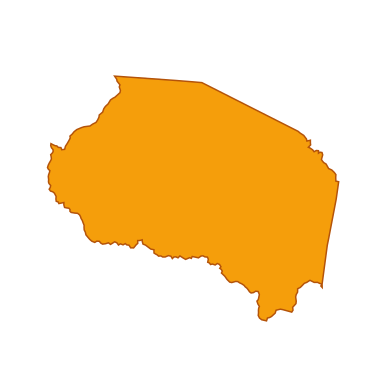 Dormentes, Pernambuco, Brazil, rotated 193°
{"feature_id": "56859067B71625369805565", "entity_name": "Dormentes", "entity_type": "district", "adm_level": 2, "iso_a3": "BRA", "parent_name": "Brazil", "parent_adm1": "Pernambuco", "projection": "albers", "projection_center": [-40.588, -8.482], "detail": "fine", "context": "isolated", "style": "filled", "palette": "amber", "viewbox_px": 384, "rotation_deg": 193, "n_neighbors": 0, "source": "geoboundaries", "source_scale": "gbopen_adm2", "svg_char_len": 3219}
<svg xmlns="http://www.w3.org/2000/svg" viewBox="0 0 384 384"><g transform="rotate(193 192 192)"><path d="M44.5,131.4L48.2,170.5L48.4,178.2L48.5,180.3L49.9,217.5L51.4,235.0L54.3,235.0L55.3,238.8L55.7,241.3L57.8,243.1L60.8,244.9L64.2,245.6L65.9,247.5L67.6,249.4L70.3,250.3L72.0,251.6L73.2,252.8L73.0,257.6L74.2,259.7L76.3,259.6L77.5,258.3L78.1,260.7L80.2,260.4L82.1,258.7L83.9,260.2L86.9,261.4L88.7,261.8L87.0,264.6L87.6,266.2L88.3,269.1L91.5,267.5L92.4,269.4L95.9,272.3L99.8,273.7L102.3,275.0L202.5,299.7L207.0,300.8L216.9,299.4L233.0,297.0L293.5,287.5L290.7,284.9L290.0,283.2L286.3,280.2L286.5,278.0L284.6,274.9L284.5,272.6L288.5,266.9L290.0,265.7L292.1,263.4L293.6,258.9L295.2,256.6L296.0,255.1L296.7,253.1L297.0,249.8L299.7,246.2L299.5,244.0L300.1,241.1L301.2,238.2L304.2,235.7L306.2,233.4L311.8,231.3L314.3,229.8L318.3,226.9L320.4,224.3L321.8,221.4L323.5,219.0L322.8,217.3L323.3,215.1L324.4,211.4L325.6,208.1L325.7,204.9L328.5,203.9L329.7,205.8L332.3,205.4L334.1,206.5L335.7,206.3L338.0,206.8L340.3,207.4L340.1,205.4L338.9,203.5L336.9,202.0L336.4,200.1L337.0,198.3L338.1,196.6L337.2,194.8L336.4,192.5L336.9,190.3L337.5,188.4L338.1,185.9L338.3,183.3L337.0,181.8L335.3,180.9L335.3,178.8L335.6,176.7L335.5,174.7L334.5,171.9L334.1,169.5L333.2,168.0L331.2,166.6L331.1,164.6L331.8,162.6L330.1,161.1L327.8,160.9L325.9,160.0L324.6,158.5L323.4,157.1L323.0,154.5L322.2,152.4L320.2,152.2L319.1,150.8L316.9,151.8L314.5,152.9L314.0,150.7L312.7,148.3L310.3,148.3L308.3,148.5L306.9,147.5L306.6,145.8L305.2,144.9L303.4,145.0L301.4,145.1L298.7,145.5L296.4,144.4L295.1,142.9L294.1,141.2L292.6,139.7L291.1,137.4L289.6,135.2L289.3,133.5L288.5,130.8L286.9,128.9L285.7,126.4L283.5,124.7L281.1,122.9L278.5,121.5L275.4,121.0L273.7,122.7L271.2,123.1L269.4,121.7L267.4,121.1L264.5,122.2L262.0,123.7L259.6,122.6L257.8,124.4L256.1,126.1L253.8,125.6L251.7,123.8L250.1,125.4L247.3,125.0L245.4,126.7L243.7,125.8L241.4,126.0L239.2,123.8L236.3,124.4L234.4,128.2L233.3,129.7L234.0,132.5L231.9,133.0L229.8,134.2L229.3,132.5L228.0,130.2L225.3,129.8L222.9,128.7L219.3,127.1L216.1,127.2L215.3,124.0L213.6,123.4L211.7,122.9L210.2,122.0L207.9,122.7L206.0,122.1L203.6,122.6L200.7,124.7L198.1,124.7L196.2,122.7L195.0,124.6L193.1,125.2L190.8,124.7L189.4,127.0L185.7,125.7L183.1,124.9L179.5,127.5L177.7,127.2L177.3,129.2L173.9,129.3L170.9,129.3L168.8,131.6L166.9,132.3L165.0,131.7L162.3,132.0L161.0,130.2L160.9,127.1L158.9,126.7L157.7,125.5L155.9,126.4L153.0,126.1L151.3,128.0L148.9,127.6L147.0,125.7L147.8,123.9L146.0,123.1L144.7,121.7L145.1,119.7L141.1,117.3L138.2,114.7L135.0,112.7L132.9,112.7L129.3,114.7L127.1,115.0L125.2,114.2L122.8,113.7L120.2,112.7L118.9,111.6L116.8,110.6L115.2,109.3L113.5,107.7L111.7,106.9L109.5,107.8L107.6,109.7L105.1,109.9L103.3,107.2L103.2,102.1L104.2,100.3L102.6,97.7L100.6,95.6L100.9,93.9L100.7,91.9L100.0,89.1L99.7,86.6L97.9,84.4L95.4,83.2L90.4,83.2L90.1,86.2L88.1,87.2L86.5,88.6L83.7,92.7L83.5,95.7L79.6,97.7L77.2,97.8L67.8,97.4L67.0,99.6L68.0,102.3L65.6,106.6L65.9,109.1L67.4,113.1L67.4,115.5L66.6,118.2L67.3,121.5L65.0,123.4L63.9,125.1L62.0,128.3L59.9,129.7L57.2,132.5L52.6,131.4L49.4,132.2L47.2,131.7L44.5,131.4ZM43.7,128.3L44.5,131.4L45.3,129.4L43.7,128.3Z" fill="#f59e0b" stroke="#b45309" stroke-width="1.5"/></g></svg>